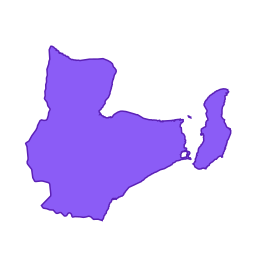 outline of San Rafael del Yuma, La Altagracia, Dominican Republic, rotated 264°
{"feature_id": "3306468B72129908795789", "entity_name": "San Rafael del Yuma", "entity_type": "district", "adm_level": 2, "iso_a3": "DOM", "parent_name": "Dominican Republic", "parent_adm1": "La Altagracia", "projection": "equal_earth", "projection_center": [-68.667, 18.325], "detail": "fine", "context": "isolated", "style": "filled", "palette": "violet", "viewbox_px": 256, "rotation_deg": 264, "n_neighbors": 0, "source": "geoboundaries", "source_scale": "gbopen_adm2", "svg_char_len": 5833}
<svg xmlns="http://www.w3.org/2000/svg" viewBox="0 0 256 256"><g transform="rotate(264 128 128)"><path d="M60.0,33.8L57.8,34.9L57.1,35.6L56.2,38.8L54.8,41.5L54.2,45.1L51.2,47.2L50.6,48.0L50.5,49.2L51.1,51.5L50.8,52.6L47.2,55.5L47.0,56.7L47.3,57.8L49.4,59.5L49.8,60.7L49.3,61.8L48.2,62.7L45.8,63.1L45.2,63.7L45.4,66.0L44.7,70.8L43.8,74.3L43.9,76.7L44.4,79.9L43.5,81.8L40.8,84.1L40.4,88.8L38.7,92.7L39.5,92.8L40.2,93.9L43.3,95.1L43.9,95.9L44.9,96.3L45.1,96.9L45.7,97.5L47.3,97.8L50.1,100.2L51.4,100.3L52.1,101.0L53.2,101.0L55.6,102.4L55.8,103.1L56.9,103.9L58.3,104.3L59.4,105.5L59.4,106.1L58.5,105.9L58.6,106.9L59.2,106.9L59.3,108.1L58.8,108.5L58.5,108.2L58.3,108.9L59.2,109.7L59.6,110.9L60.2,111.4L60.3,112.5L60.9,114.0L60.9,115.0L61.9,116.4L62.5,116.9L63.4,117.1L64.0,118.1L65.0,118.7L68.9,122.7L73.4,135.7L74.2,136.6L74.7,138.0L76.5,140.0L77.1,141.6L77.8,142.3L79.3,146.0L79.9,146.6L79.9,147.4L81.0,149.8L81.3,151.4L83.1,155.7L83.8,160.0L85.6,164.1L86.0,165.7L86.6,166.5L86.9,167.7L88.5,169.1L89.0,171.0L90.2,172.6L90.3,174.7L90.6,176.5L91.1,177.5L91.1,179.3L91.3,179.4L91.1,182.4L91.6,183.2L91.4,183.6L91.6,184.5L91.3,184.5L91.3,185.2L90.7,185.5L90.6,186.5L90.3,186.8L90.5,187.3L91.8,186.8L91.8,186.0L92.5,185.2L93.6,184.9L95.0,185.2L95.2,184.8L95.1,183.6L94.3,183.6L93.0,182.9L92.8,180.4L92.4,179.8L93.0,177.8L93.9,177.4L95.3,177.7L95.9,177.3L96.9,178.3L98.3,178.6L98.3,179.1L98.7,179.3L98.6,179.7L98.9,179.7L99.1,180.2L98.7,181.7L98.8,182.6L99.3,182.5L99.4,181.8L99.8,182.5L99.5,183.6L98.3,183.8L97.8,184.6L96.4,184.5L95.9,184.0L95.4,184.1L95.5,185.0L95.0,185.9L96.2,186.8L97.3,186.8L97.9,186.4L99.0,184.1L99.6,183.7L101.6,184.1L102.1,183.4L102.3,182.0L103.0,181.8L105.7,182.2L106.3,183.0L107.8,183.8L108.5,183.4L109.2,184.0L110.0,184.0L110.6,183.4L113.7,183.7L116.0,182.8L117.6,180.9L122.8,181.0L123.5,180.1L124.0,180.0L126.0,180.4L126.8,181.2L127.6,181.3L127.7,182.4L128.8,183.6L130.5,183.7L130.7,182.5L130.4,180.5L131.0,180.4L131.0,180.8L131.4,180.8L131.1,179.7L131.3,179.0L131.2,175.4L131.0,175.0L130.4,175.3L130.1,175.0L130.3,174.2L131.0,173.9L131.0,172.6L130.7,172.0L130.9,171.9L131.2,164.1L130.7,163.7L130.7,163.2L131.4,163.2L131.4,162.5L130.9,162.2L130.8,161.4L131.4,160.5L132.1,160.6L132.4,160.1L132.0,158.2L132.7,157.4L133.3,154.2L133.2,153.1L133.6,152.6L134.0,149.9L136.0,144.4L140.2,138.9L140.5,137.2L141.0,136.5L144.6,127.6L145.3,124.4L145.5,122.3L144.8,119.5L143.0,115.8L141.9,114.5L140.6,113.7L140.2,112.6L140.2,112.1L140.9,112.0L140.8,111.3L140.5,111.3L140.7,109.9L140.2,109.4L140.4,107.5L141.1,106.3L141.5,106.2L141.7,104.7L142.4,104.7L143.1,103.2L144.2,102.7L144.3,101.4L145.1,102.2L145.7,101.6L146.4,101.6L146.7,101.1L147.8,101.0L148.3,101.2L149.4,103.1L150.4,103.5L151.2,104.9L152.8,105.8L154.8,107.8L156.5,107.9L157.8,108.6L160.5,111.7L164.1,113.7L165.3,113.8L169.6,115.7L170.3,115.6L170.8,116.1L172.1,116.4L172.7,116.9L174.4,116.9L177.4,118.0L177.7,118.4L178.3,118.3L178.8,118.8L182.0,119.9L184.1,121.6L185.5,122.2L186.9,122.2L189.2,120.9L190.3,119.9L193.5,119.2L195.4,117.5L197.2,115.0L199.6,110.4L199.7,105.3L200.5,96.9L200.1,87.2L200.6,86.0L200.7,83.4L201.0,83.3L201.4,81.0L201.9,80.2L201.9,79.1L203.6,76.7L204.8,76.3L205.0,75.6L205.5,75.4L205.5,74.2L207.1,72.9L207.1,72.1L207.6,71.2L208.8,70.8L208.8,70.0L209.1,70.0L209.2,69.2L209.6,68.9L209.4,68.4L209.5,67.6L210.2,67.7L210.4,67.2L211.6,67.1L212.3,66.4L212.7,64.8L213.6,65.2L215.1,63.3L216.2,62.5L217.3,60.8L217.3,59.7L214.0,57.8L204.6,57.4L202.5,56.4L199.8,55.8L194.8,53.5L188.9,53.3L186.2,52.1L182.2,51.8L179.6,50.7L175.7,50.4L173.2,49.2L168.6,49.0L166.3,48.0L165.4,48.2L162.0,50.2L158.4,50.6L155.3,52.4L154.5,52.4L151.6,50.7L148.8,50.1L145.2,48.5L144.5,47.7L144.3,46.8L144.3,45.2L145.1,42.8L144.5,41.3L140.0,38.4L137.9,37.7L135.5,36.2L130.4,31.6L125.4,28.1L123.9,25.1L123.2,24.6L120.0,25.6L109.1,25.5L107.2,25.3L105.1,24.2L103.4,24.1L102.4,24.5L96.9,27.9L88.5,28.1L85.3,29.4L84.7,29.8L84.4,30.7L84.4,36.0L84.1,37.7L82.0,43.1L81.3,43.9L80.3,44.3L70.1,44.3L68.5,44.0L60.0,33.8ZM116.5,229.6L118.1,226.8L119.0,226.1L122.2,225.2L123.6,224.4L124.9,224.4L126.0,224.9L127.3,223.3L129.7,222.1L130.7,222.5L131.4,222.3L131.9,222.9L136.4,223.4L139.2,224.2L141.3,226.0L142.9,226.1L143.6,226.4L143.9,226.9L145.3,226.9L146.6,227.7L149.7,227.7L150.6,229.9L151.3,229.7L152.0,230.3L151.9,229.5L152.4,229.3L152.6,231.2L153.5,231.9L154.5,231.2L155.7,231.1L155.6,230.5L156.5,229.5L157.0,226.9L156.7,223.7L155.6,220.5L155.7,220.1L154.8,218.7L154.8,218.2L153.5,216.7L153.5,215.9L152.5,214.7L152.0,213.4L151.3,212.4L150.6,212.1L150.2,211.1L147.7,209.1L147.5,208.5L145.7,207.1L144.6,206.9L144.0,206.2L142.5,206.1L137.1,208.5L135.7,208.1L134.4,207.1L131.0,207.6L129.4,208.3L127.6,208.3L126.7,206.8L125.2,206.0L124.0,206.0L123.6,205.6L121.9,205.7L121.1,205.2L120.9,204.1L119.3,200.9L117.7,200.5L115.2,200.7L114.4,199.7L113.7,199.7L113.7,200.3L113.4,200.2L113.2,200.7L114.5,201.4L114.3,202.2L112.2,202.6L110.8,202.0L110.3,202.2L107.3,202.0L104.7,200.3L103.8,199.5L103.7,199.0L103.0,198.9L101.1,196.7L99.9,195.9L96.7,195.1L96.1,194.8L95.8,194.0L94.4,193.5L93.4,193.8L93.1,193.1L91.7,192.8L90.0,191.6L89.2,191.9L88.2,191.4L87.5,191.5L87.4,190.8L86.1,190.0L85.5,188.9L84.6,189.9L82.3,190.5L80.2,193.1L79.7,194.3L79.7,195.2L79.7,196.6L80.1,197.1L80.2,199.3L79.4,200.5L79.4,201.3L80.1,201.3L80.3,201.8L80.8,202.0L80.9,202.5L81.7,203.0L82.4,204.8L83.8,205.4L85.1,207.3L85.5,208.5L87.7,211.2L87.7,212.6L89.7,214.7L90.3,216.0L90.4,217.2L90.1,217.9L89.2,218.2L89.3,218.9L91.4,219.1L92.9,220.3L93.7,220.3L95.1,221.4L96.6,221.9L96.7,222.3L97.5,222.2L97.9,222.9L98.5,222.5L99.4,223.3L100.4,223.4L100.9,224.2L101.9,224.2L102.9,224.9L105.0,225.3L106.2,226.5L111.9,229.5L114.7,229.9L116.1,228.9L116.1,229.6L116.5,229.6ZM133.6,189.2L132.5,189.6L131.5,191.5L132.3,191.5L132.4,190.5L132.9,190.4L133.2,189.7L133.6,189.6L133.6,189.2Z" fill="#8b5cf6" stroke="#5b21b6" stroke-width="1.5"/></g></svg>